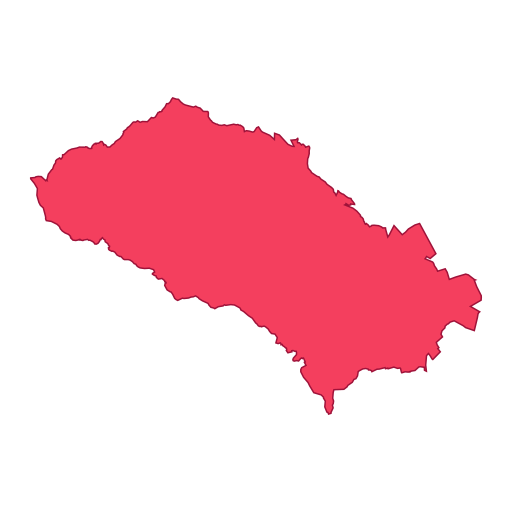 the district of Ighiu, Alba, Romania
{"feature_id": "2599482B12358370683897", "entity_name": "Ighiu", "entity_type": "district", "adm_level": 2, "iso_a3": "ROU", "parent_name": "Romania", "parent_adm1": "Alba", "projection": "orthographic", "projection_center": [23.47, 46.158], "detail": "fine", "context": "isolated", "style": "filled", "palette": "rose", "viewbox_px": 512, "rotation_deg": 0, "n_neighbors": 0, "source": "geoboundaries", "source_scale": "gbopen_adm2", "svg_char_len": 6041}
<svg xmlns="http://www.w3.org/2000/svg" viewBox="0 0 512 512"><path d="M328.6,414.1L331.0,413.3L331.1,412.2L333.1,407.9L332.4,405.1L333.2,403.7L333.6,401.0L332.7,398.3L333.2,392.5L333.9,389.7L343.9,389.3L347.1,386.8L347.8,385.4L352.3,382.3L353.9,379.4L355.9,378.7L357.5,375.9L358.2,371.6L359.4,370.7L362.8,368.9L365.7,368.5L368.2,369.1L368.5,370.0L369.9,370.0L371.5,370.7L371.9,371.7L377.0,369.2L379.2,369.1L385.1,367.6L385.5,368.7L387.8,368.1L388.1,368.8L393.8,367.1L397.6,368.4L400.0,368.0L400.5,368.4L401.4,372.2L401.8,372.8L405.1,371.8L408.3,372.1L410.0,371.5L410.1,371.9L411.2,371.1L415.0,370.5L418.8,367.0L420.2,366.7L424.3,367.3L424.5,370.3L426.4,371.2L425.7,365.1L426.5,355.7L428.4,353.5L430.0,355.5L432.0,358.9L432.8,359.5L440.3,351.8L437.8,348.6L438.9,347.7L437.1,344.8L436.3,342.3L442.5,336.9L441.0,334.2L442.0,330.8L444.9,327.9L445.1,326.2L447.3,324.1L448.2,323.9L450.1,322.1L454.2,320.8L463.2,325.7L465.6,327.6L474.3,330.6L477.4,317.6L478.0,314.0L478.7,312.7L479.7,311.8L470.4,306.4L481.1,300.2L481.3,297.3L481.2,295.6L476.7,286.7L474.3,280.3L475.4,279.9L474.2,279.4L468.4,274.9L465.7,274.1L455.8,277.0L449.3,279.4L447.2,272.3L445.2,268.8L437.6,271.2L436.6,268.9L434.5,265.9L433.6,263.3L432.6,262.0L425.1,258.8L426.6,256.5L430.2,258.5L435.9,253.7L419.6,223.5L414.9,225.0L408.4,229.0L405.5,232.2L402.2,234.7L394.0,225.6L389.4,234.7L387.8,237.0L385.8,229.9L385.5,227.9L382.5,227.9L381.7,227.0L378.7,225.7L374.0,225.2L371.8,225.4L371.3,226.0L369.5,226.8L368.1,224.9L366.3,223.5L365.6,224.3L365.3,224.2L364.6,223.0L364.4,222.0L363.8,221.4L363.2,218.9L362.0,217.4L360.5,216.5L360.5,215.3L356.9,211.2L353.0,208.2L344.8,204.9L345.7,204.4L346.0,203.6L348.6,205.3L350.7,204.9L350.7,204.0L354.6,204.5L354.6,204.0L354.2,203.3L351.5,199.8L351.0,198.5L348.3,197.9L345.9,196.3L343.5,194.3L342.1,193.9L339.5,192.3L338.5,190.9L337.9,190.7L337.6,192.3L336.1,195.4L334.8,192.9L333.7,192.0L333.3,189.3L331.7,187.6L327.0,184.3L325.3,182.0L320.9,179.1L319.2,177.0L317.0,176.3L311.4,172.5L311.0,171.4L308.1,168.1L307.4,163.7L307.7,158.7L308.4,157.1L309.2,153.7L309.2,150.8L309.7,148.0L309.5,147.1L308.8,146.1L305.6,147.2L305.3,146.4L303.3,144.3L302.2,144.3L301.5,145.0L299.4,142.8L297.6,142.7L297.4,141.9L298.0,139.1L297.7,138.4L296.0,139.7L291.0,140.2L294.0,146.4L292.1,146.3L287.9,144.3L279.4,135.0L274.6,133.3L274.4,139.5L269.7,135.3L262.5,132.1L261.2,131.0L258.5,126.9L256.7,127.7L254.1,131.6L252.7,132.1L249.3,131.1L246.3,130.7L244.4,131.6L243.8,128.0L242.7,126.7L240.1,125.1L239.2,125.3L237.9,124.5L236.2,124.8L233.7,124.2L226.8,125.7L224.3,124.8L221.8,125.4L218.7,125.1L217.3,124.2L216.2,124.1L212.5,122.3L211.4,120.8L210.5,120.1L208.3,116.8L208.4,113.0L208.1,111.9L207.6,111.5L203.3,111.4L200.2,108.1L197.5,107.3L195.8,106.2L193.4,107.1L185.4,105.0L183.4,104.1L180.6,101.8L178.5,99.3L176.2,99.1L172.7,97.9L171.5,99.4L170.4,101.7L168.5,103.6L166.6,103.7L165.1,106.8L162.0,110.4L162.1,111.0L160.9,111.8L159.7,111.7L159.5,112.1L158.1,112.5L155.3,117.1L153.2,118.0L151.4,117.5L147.4,121.7L142.5,121.5L140.1,122.3L137.7,120.8L135.5,122.2L134.0,121.9L132.9,122.4L130.0,125.8L128.1,127.4L127.5,127.5L126.7,129.0L123.4,131.5L123.7,132.5L123.0,133.7L123.0,134.6L120.0,138.5L115.4,141.6L114.3,143.5L112.0,145.0L109.9,147.0L107.3,147.1L105.9,145.1L104.3,144.3L103.7,144.9L103.3,143.4L102.1,141.6L100.8,141.5L98.7,143.2L96.5,143.3L96.1,143.9L95.6,143.3L95.1,143.4L94.8,143.9L93.8,144.2L92.2,146.1L91.6,147.7L91.7,148.4L91.2,148.5L89.2,148.5L88.0,148.0L87.9,147.6L86.9,147.0L85.6,146.8L84.9,147.2L79.4,147.1L77.0,148.0L71.6,149.1L68.4,150.6L64.1,154.6L62.6,154.8L62.4,157.5L61.3,158.5L61.3,158.9L60.6,159.0L59.7,157.9L56.8,159.6L55.7,160.9L55.5,163.0L54.0,165.0L52.5,169.3L51.8,169.6L48.3,174.2L46.9,179.8L47.0,180.2L46.5,179.8L45.8,180.2L45.7,180.7L41.3,176.6L38.2,176.4L35.9,176.8L35.0,177.5L30.7,177.9L30.7,178.8L34.4,183.4L37.4,188.5L36.9,195.2L37.5,197.6L38.9,202.4L40.4,205.3L43.3,207.9L45.4,215.8L45.7,217.6L45.6,218.9L46.3,220.6L51.3,221.4L57.1,224.3L59.4,226.5L60.3,228.7L62.3,231.0L65.0,232.9L68.5,234.4L70.5,236.3L70.3,236.6L70.8,238.1L71.5,238.3L71.5,238.7L72.9,240.1L75.8,240.5L78.4,239.9L79.4,240.0L79.2,239.5L80.0,239.3L81.2,240.2L82.9,240.5L83.9,240.0L87.6,239.4L88.7,240.3L90.0,240.2L92.5,241.5L93.7,242.3L94.8,244.0L96.4,244.1L98.0,243.3L99.4,241.5L100.3,239.5L101.0,239.6L101.4,238.6L102.5,237.7L103.3,239.0L104.9,239.9L105.2,241.7L107.8,243.6L108.5,245.2L109.6,246.2L109.3,247.5L108.9,247.3L108.4,247.7L108.7,249.4L109.4,250.1L111.9,251.3L112.7,251.1L114.8,252.1L117.1,255.1L119.8,256.5L121.0,256.5L123.4,259.1L124.5,259.6L128.3,259.6L130.1,260.1L132.5,261.7L134.1,263.6L136.0,264.3L136.6,265.6L138.1,266.9L140.1,267.9L144.5,268.5L149.3,268.2L153.6,269.7L154.6,272.1L152.5,273.4L152.4,274.1L154.3,275.4L156.1,276.0L156.4,277.4L158.3,279.1L162.0,278.5L164.2,280.3L164.7,280.9L164.7,281.7L165.7,282.0L166.1,282.9L165.2,283.3L164.7,285.5L167.1,289.9L170.3,291.9L171.1,292.0L172.7,294.3L174.7,298.4L176.0,299.5L177.7,300.4L182.4,298.2L184.0,298.5L188.7,298.0L190.9,297.1L193.3,296.8L195.6,295.9L198.3,297.6L199.1,298.7L202.4,300.8L208.1,303.4L208.8,304.9L210.9,307.3L213.7,308.0L214.8,308.7L218.3,306.7L223.1,305.9L224.4,304.8L225.6,305.3L230.8,304.6L234.5,305.0L239.7,307.8L240.4,308.6L240.8,309.9L243.6,311.5L248.5,315.7L252.3,318.2L255.7,323.0L256.8,323.8L258.4,325.9L259.8,326.5L260.9,326.3L261.3,326.8L264.0,326.1L265.4,326.7L268.2,329.0L269.6,331.4L271.5,333.5L275.0,334.1L277.3,337.6L275.9,342.9L278.1,343.6L280.3,342.9L280.8,343.4L281.0,344.8L282.2,344.5L282.8,345.7L284.4,346.7L285.7,348.0L286.4,348.1L286.7,349.8L286.3,350.5L287.9,352.8L291.9,351.8L291.8,350.7L293.0,350.5L294.8,351.3L296.2,351.3L296.5,352.4L296.5,354.6L293.4,358.1L292.9,359.5L293.1,360.6L294.2,361.1L296.7,360.6L298.6,361.0L300.7,358.5L301.5,358.0L302.3,358.6L303.6,357.5L303.4,357.9L305.2,361.9L304.4,362.3L306.0,365.4L301.7,367.7L300.8,369.5L300.8,371.8L303.6,377.3L308.1,382.6L309.7,385.9L313.8,392.7L321.2,394.9L323.5,397.2L323.5,398.1L325.3,401.1L324.8,406.9L326.9,412.1L327.9,412.4L328.6,414.1Z" fill="#f43f5e" stroke="#9f1239" stroke-width="1.5"/></svg>